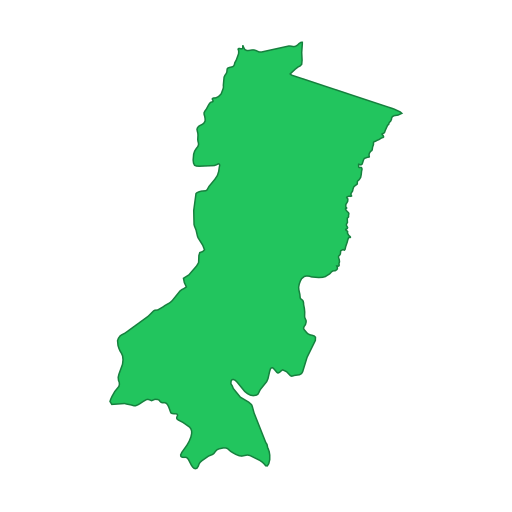 the border of Orellana, rotated 274°
{"feature_id": "ECU-1286", "entity_name": "Orellana", "entity_type": "Province", "adm_level": 1, "iso_a3": "ECU", "parent_name": "Ecuador", "parent_adm1": "", "projection": "orthographic", "projection_center": [-76.398, -0.797], "detail": "fine", "context": "isolated", "style": "filled", "palette": "green", "viewbox_px": 512, "rotation_deg": 274, "n_neighbors": 0, "source": "natural_earth", "source_scale": "10m", "svg_char_len": 6098}
<svg xmlns="http://www.w3.org/2000/svg" viewBox="0 0 512 512"><g transform="rotate(274 256 256)"><path d="M465.3,228.1L463.1,229.2L461.1,230.5L460.3,232.7L460.5,234.5L461.3,237.8L461.4,239.6L461.0,241.5L459.8,244.7L459.8,247.0L467.8,274.2L467.8,275.9L467.5,279.0L467.9,280.7L469.3,282.7L471.0,284.2L472.3,286.0L472.4,287.3L470.7,287.4L462.2,287.4L454.5,288.3L450.4,288.2L448.6,286.7L447.6,284.9L445.1,282.1L440.0,277.4L438.9,278.9L412.2,383.5L409.8,389.8L408.5,391.5L406.5,387.9L405.6,384.0L404.6,382.4L403.3,381.7L401.8,381.6L399.9,380.9L398.7,379.8L397.6,379.3L396.6,379.2L395.5,378.1L390.1,376.1L388.5,375.7L387.6,375.1L387.1,374.3L386.8,373.4L386.4,373.2L385.6,373.7L384.9,374.5L383.7,375.0L383.1,374.5L382.6,373.1L380.8,370.7L379.4,367.9L378.9,367.5L378.3,365.9L377.5,365.3L375.3,365.4L372.7,364.7L370.0,364.5L369.2,364.1L368.5,363.2L367.7,362.6L366.3,361.9L365.1,361.7L364.0,361.8L362.9,362.1L362.5,361.8L362.5,361.3L362.2,360.2L360.9,357.3L359.6,356.6L355.2,355.5L354.4,354.7L354.2,353.7L354.6,352.8L354.7,352.0L354.0,351.9L353.3,352.1L351.9,352.2L351.5,352.6L351.4,353.3L351.7,354.3L351.6,355.0L350.8,355.5L349.7,355.7L348.0,355.4L344.7,355.3L341.7,354.9L339.3,353.6L338.2,352.4L337.2,351.9L334.9,352.0L334.1,351.2L333.2,350.1L331.8,348.7L329.7,348.1L327.5,347.8L325.6,346.7L324.5,346.3L323.8,346.4L323.3,346.9L322.5,347.1L322.2,346.5L322.1,345.7L322.2,344.7L321.8,343.6L321.2,342.6L320.7,342.4L320.2,342.7L319.7,343.4L318.7,343.7L316.8,343.6L313.6,342.0L311.7,342.1L310.9,342.3L310.6,342.8L310.2,343.1L309.9,342.8L309.7,342.2L309.3,342.0L308.9,342.1L308.1,342.6L306.3,344.3L305.9,345.0L305.2,345.5L304.6,345.7L303.4,345.5L302.7,345.5L301.5,345.6L300.9,345.2L300.1,344.4L299.0,344.5L295.8,344.9L294.4,344.1L293.5,344.0L292.5,344.2L291.6,344.9L290.6,345.4L289.8,345.1L289.3,344.5L288.9,343.7L288.4,343.7L287.8,344.3L287.3,345.2L286.5,345.8L285.7,345.6L285.0,345.7L284.7,345.8L284.3,346.3L283.1,347.0L282.5,347.7L282.1,348.4L281.4,348.9L281.1,348.8L280.9,347.4L280.4,347.0L278.8,346.5L276.1,346.0L271.6,344.8L268.9,344.4L268.0,343.8L268.1,343.2L268.5,342.5L268.3,341.9L267.5,340.9L267.2,340.2L266.4,340.0L265.3,340.1L263.9,340.0L262.7,339.4L261.6,338.4L260.6,338.4L259.5,338.7L258.2,339.3L256.0,339.7L254.3,339.3L252.5,339.6L251.7,339.2L251.6,338.5L251.8,337.7L251.7,337.2L250.4,337.9L248.9,338.1L248.0,337.5L246.9,336.2L246.7,335.1L246.5,333.9L246.1,333.2L245.2,332.2L243.6,331.0L242.7,329.9L241.9,328.7L240.3,326.6L239.4,323.9L238.9,320.1L239.0,312.9L239.6,310.5L239.6,307.9L239.0,305.7L236.6,303.1L234.2,302.0L231.1,301.1L227.9,300.7L225.3,301.1L220.8,302.4L217.3,303.0L216.5,303.5L215.1,305.5L214.2,306.2L212.5,306.7L210.8,306.9L207.1,307.9L203.5,308.5L199.1,308.7L197.8,309.0L195.2,310.4L193.7,310.6L191.0,310.1L189.0,308.9L187.3,308.5L186.2,308.9L182.9,312.1L181.8,313.6L181.1,315.6L180.8,317.7L180.3,319.6L179.1,321.0L175.9,321.1L158.5,314.0L143.8,310.6L141.9,309.6L140.6,307.7L139.5,302.5L138.9,301.0L138.6,299.8L139.0,298.7L142.7,294.6L144.3,290.5L142.7,288.6L141.6,287.6L140.8,286.1L141.3,285.0L144.3,282.1L145.7,280.4L145.5,279.2L144.5,278.3L142.1,277.7L134.5,276.5L131.4,275.4L123.2,269.7L121.7,269.0L120.1,268.4L118.2,267.5L117.2,266.0L116.5,263.0L116.8,260.1L118.1,257.1L120.1,254.2L128.8,246.0L130.6,243.9L131.3,241.8L130.9,240.7L129.6,239.9L127.0,239.8L124.7,241.4L122.2,242.6L114.1,250.2L109.7,258.9L107.4,261.9L105.9,262.7L99.3,265.0L70.7,278.7L68.8,280.1L65.3,281.1L64.8,281.5L61.8,282.8L58.3,283.6L53.8,283.9L49.7,283.2L47.4,281.9L47.4,280.3L49.2,278.6L50.7,276.8L52.3,274.2L56.5,264.0L56.9,261.3L55.4,255.7L55.6,253.1L56.7,249.7L58.1,246.7L59.3,244.4L61.9,241.0L62.4,239.3L62.3,236.9L61.0,232.4L59.9,230.5L58.3,229.2L56.0,227.7L55.0,226.5L53.1,222.6L48.0,216.3L46.1,214.5L44.3,213.6L42.4,213.1L40.2,211.9L39.6,210.4L39.9,209.0L41.0,207.6L42.7,206.2L48.3,202.8L49.6,201.6L50.3,200.2L50.1,198.0L50.1,196.4L50.8,195.1L52.3,194.7L54.9,195.7L62.6,200.4L66.6,202.3L71.0,203.7L74.5,204.2L76.9,204.0L79.0,203.1L80.6,201.8L84.9,194.7L86.9,190.1L87.6,188.9L88.4,188.3L89.4,188.2L91.7,188.9L92.5,188.6L93.0,187.5L92.9,184.6L93.1,183.1L93.6,182.0L99.0,179.6L101.0,178.5L102.6,177.1L103.3,175.5L103.1,172.6L103.5,171.4L104.3,170.4L105.5,169.4L106.0,167.9L106.0,165.2L104.4,161.9L104.7,161.1L105.0,160.2L105.3,159.1L105.4,157.7L105.0,156.5L102.8,153.3L100.4,150.2L99.3,148.5L98.2,146.3L98.1,144.6L98.7,142.0L99.3,137.1L99.7,135.3L97.9,122.5L100.7,120.5L103.1,121.1L106.0,122.2L111.0,124.6L116.3,128.3L118.4,128.7L120.5,128.4L122.4,127.5L125.4,127.0L128.5,127.5L138.7,130.4L143.1,130.6L147.0,129.9L149.7,128.5L151.8,127.0L154.3,125.7L157.1,124.6L161.9,123.8L164.3,124.5L166.9,126.1L168.1,127.7L169.9,130.7L188.4,152.7L194.0,157.6L194.7,158.6L194.9,159.2L195.1,160.8L195.4,161.9L198.8,166.9L200.3,168.7L202.1,171.4L202.7,172.4L203.7,173.7L205.7,175.6L215.9,182.7L217.5,184.6L218.3,186.1L220.3,188.7L224.4,186.4L228.7,185.2L232.5,190.4L242.0,197.5L245.4,199.2L252.5,199.0L255.5,199.7L256.7,202.5L258.6,204.2L262.9,202.2L270.2,196.9L271.8,196.2L277.7,194.4L281.4,192.6L283.1,192.0L297.1,190.7L314.1,191.8L315.0,192.7L316.1,194.7L316.9,197.0L317.6,201.4L318.6,202.6L322.2,204.3L329.6,209.6L333.7,211.9L337.8,212.9L342.0,213.2L344.1,213.5L345.0,213.0L345.4,212.2L345.0,211.4L344.2,210.1L343.3,208.0L341.6,193.1L341.6,190.3L342.2,188.4L344.3,187.2L347.4,186.6L353.2,186.7L356.4,187.5L359.0,188.9L361.2,190.4L363.2,190.9L364.7,190.7L366.5,190.1L368.1,189.8L372.5,189.7L374.5,189.4L376.3,188.8L378.2,188.3L379.6,188.6L381.3,189.7L382.2,190.9L383.7,193.4L384.9,194.7L387.0,195.8L389.2,195.7L391.7,195.1L393.5,194.4L395.2,194.2L397.0,194.9L399.0,196.2L403.0,198.0L405.1,199.1L406.2,200.2L406.6,201.3L407.1,202.3L407.8,202.4L409.6,201.4L410.3,201.9L410.7,202.9L410.9,204.7L411.5,205.9L412.2,207.1L413.3,208.3L415.4,210.0L421.2,211.7L422.8,211.7L424.0,211.5L432.2,211.7L434.2,212.5L436.2,213.7L437.7,214.1L440.6,214.2L441.5,214.8L442.2,216.3L442.7,218.0L443.3,219.7L444.3,220.7L445.6,221.1L447.4,221.4L450.2,222.7L456.5,224.5L458.6,224.5L460.0,224.2L461.1,223.7L461.7,224.2L461.9,224.7L461.6,226.8L461.9,227.9L462.5,228.3L465.3,228.1Z" fill="#22c55e" stroke="#15803d" stroke-width="1.5"/></g></svg>